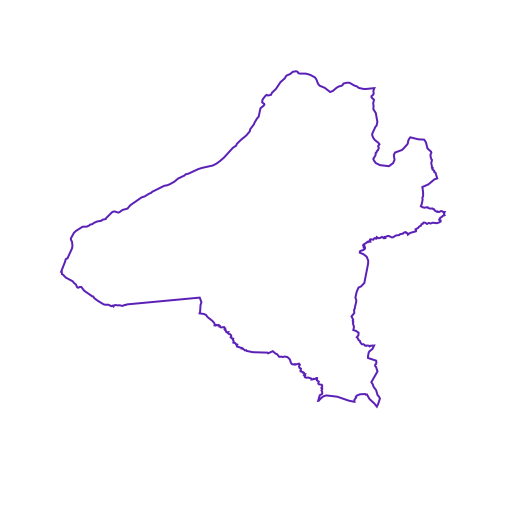 Nabdam, Upper East, Ghana, rotated 258°
{"feature_id": "2480657B74414618551217", "entity_name": "Nabdam", "entity_type": "district", "adm_level": 2, "iso_a3": "GHA", "parent_name": "Ghana", "parent_adm1": "Upper East", "projection": "natural_earth1", "projection_center": [-0.664, 10.847], "detail": "fine", "context": "isolated", "style": "outline", "palette": "violet", "viewbox_px": 512, "rotation_deg": 258, "n_neighbors": 0, "source": "geoboundaries", "source_scale": "gbopen_adm2", "svg_char_len": 6103}
<svg xmlns="http://www.w3.org/2000/svg" viewBox="0 0 512 512"><g transform="rotate(258 256 256)"><path d="M134.8,275.8L134.5,276.1L133.8,275.7L132.8,277.6L132.2,277.5L131.8,278.6L130.8,278.6L130.3,279.5L129.4,278.3L128.8,279.2L127.8,278.5L127.2,278.7L126.4,280.0L126.3,281.7L125.0,284.1L124.5,284.6L123.6,284.5L123.5,286.1L123.9,286.7L123.4,288.0L124.1,289.8L123.9,290.4L121.7,289.7L120.1,291.3L118.4,290.4L117.8,290.6L117.3,291.1L116.3,293.6L115.6,293.8L114.1,293.5L113.4,292.5L112.2,293.2L110.9,292.1L109.6,292.5L107.8,292.2L107.3,291.9L106.5,289.4L101.4,286.7L101.4,287.4L102.5,288.6L104.4,291.9L104.9,293.8L104.9,296.1L101.5,306.2L95.2,316.7L92.9,322.0L95.0,322.4L96.7,324.5L97.4,324.3L98.5,325.6L99.1,329.1L98.3,334.0L97.5,334.6L97.5,335.7L92.5,337.3L87.1,341.1L83.5,342.9L86.3,345.0L90.9,347.6L93.0,347.0L94.6,346.0L99.8,345.6L103.4,343.9L106.3,343.5L108.6,342.6L117.8,350.8L122.4,350.4L123.2,349.8L124.1,349.7L125.1,350.2L125.5,351.1L127.2,351.7L128.7,351.7L132.9,344.4L134.1,344.5L138.0,346.1L139.0,346.9L140.9,350.6L143.9,352.9L144.4,349.4L143.9,348.4L144.7,347.9L145.4,345.9L145.2,345.0L145.8,343.9L146.4,343.8L147.4,342.6L147.5,341.5L148.0,341.0L150.0,340.0L151.1,340.1L152.5,338.9L154.8,338.3L155.6,337.7L157.2,339.7L159.6,340.4L161.9,338.3L163.3,335.8L166.3,337.1L170.2,336.8L171.2,337.5L172.5,337.1L173.3,337.8L177.1,336.9L179.8,340.3L182.9,340.7L184.0,341.7L185.9,342.3L189.8,344.3L191.7,344.9L194.7,344.6L200.0,347.0L203.8,349.7L204.4,352.4L207.0,356.3L225.0,364.0L228.1,364.8L232.3,364.1L235.3,361.6L237.7,358.2L238.9,358.6L239.3,359.4L239.5,362.3L240.5,364.1L241.4,364.2L241.9,363.1L242.3,363.3L242.3,364.3L243.6,364.1L244.0,363.0L244.8,363.4L246.2,367.4L246.7,367.8L246.9,369.0L246.3,369.3L246.8,370.1L246.4,370.8L248.3,370.9L248.6,371.3L247.6,374.2L248.4,374.8L248.8,376.2L248.7,376.7L247.9,377.1L248.1,377.7L249.3,378.1L247.9,379.7L247.8,381.0L248.5,383.2L246.8,384.7L246.7,385.6L247.7,385.0L247.9,385.6L247.6,386.6L248.2,388.5L247.9,390.2L246.0,392.6L245.8,393.8L247.0,397.1L246.7,400.4L247.4,401.5L247.3,404.4L248.0,405.1L248.3,407.2L248.0,407.7L247.2,407.8L246.8,408.8L245.3,409.0L246.5,411.4L246.9,417.6L247.5,417.9L248.9,417.6L249.8,420.5L250.8,421.6L251.4,423.7L252.7,424.5L252.8,425.8L253.8,426.6L253.4,428.4L251.8,429.9L252.4,431.9L251.5,433.6L251.8,435.8L250.5,439.7L250.7,441.7L251.3,443.7L252.4,444.0L253.0,442.9L253.5,442.7L255.3,444.5L255.4,445.6L256.4,447.0L256.6,448.7L257.2,448.4L257.7,448.9L258.5,448.7L259.8,449.7L260.3,448.0L261.1,447.4L261.5,446.1L261.0,444.5L261.3,443.1L261.8,442.9L261.6,442.2L263.4,440.2L264.7,439.9L265.1,438.9L265.8,438.5L266.2,436.1L267.1,434.5L267.9,434.2L268.1,433.6L268.2,430.9L269.0,429.1L270.4,427.6L272.5,429.0L276.5,430.7L278.3,430.8L279.8,431.9L283.7,432.7L288.9,433.1L290.2,439.5L293.9,446.5L294.2,449.4L300.2,448.9L301.2,447.8L302.4,448.0L304.0,446.6L305.3,447.2L305.8,446.4L306.9,446.7L310.4,446.7L313.3,448.1L314.0,447.7L316.5,447.4L319.0,447.8L320.5,449.0L321.7,448.9L325.5,446.1L330.9,445.9L332.8,445.6L334.9,444.6L336.4,439.0L340.0,431.6L338.7,430.1L337.1,428.9L334.4,427.8L333.6,427.0L330.0,422.0L329.3,420.6L328.3,413.5L326.1,411.8L321.3,411.5L318.4,409.5L316.2,404.7L319.1,396.2L322.0,392.5L324.7,391.3L326.6,390.9L329.6,393.8L331.9,394.5L332.1,395.3L333.5,396.0L334.0,397.2L336.2,398.6L338.1,398.3L339.6,400.0L341.2,399.3L344.8,396.3L347.7,395.1L350.1,394.8L351.4,395.1L357.6,399.7L358.4,401.0L361.9,402.6L370.9,402.9L375.3,401.3L378.3,402.2L380.8,402.3L384.3,403.9L387.0,402.0L388.3,402.2L389.4,404.2L390.5,404.9L393.0,405.1L395.6,406.7L396.5,398.3L397.1,395.7L399.1,391.4L400.8,390.1L402.3,387.6L406.0,383.5L406.6,380.8L406.5,377.4L405.5,376.6L404.7,375.1L404.6,372.2L403.8,369.8L401.5,365.5L401.0,362.6L406.2,358.2L409.3,353.7L411.5,352.5L415.9,351.8L418.3,350.9L421.6,347.1L422.9,344.9L424.0,342.7L425.3,336.9L426.0,335.5L427.5,335.0L428.4,333.6L428.5,330.2L426.9,327.3L426.2,323.7L425.4,322.4L423.9,321.3L420.9,316.0L415.3,310.3L412.4,305.6L410.5,304.1L410.5,301.1L411.4,299.8L410.6,298.4L408.0,295.3L406.5,294.4L404.9,294.0L403.2,295.6L402.4,295.7L401.4,294.7L399.6,291.1L391.6,287.5L390.4,285.7L386.9,282.4L385.3,281.4L381.2,276.7L379.2,275.8L375.9,271.5L372.6,265.2L369.6,260.5L368.1,259.6L366.6,255.8L358.9,245.1L356.5,240.8L354.6,236.6L353.5,232.6L353.4,221.5L353.0,217.5L350.6,207.1L350.5,204.1L349.6,202.8L348.0,196.0L345.8,191.9L344.1,186.6L343.6,183.5L343.8,181.5L343.6,180.2L340.4,167.9L339.5,166.4L339.2,164.4L337.4,159.4L337.1,156.2L331.8,143.6L329.1,140.2L328.8,135.0L327.2,131.4L327.1,130.3L329.0,126.9L329.0,124.7L324.1,117.1L323.4,116.7L323.4,113.4L322.6,112.0L322.8,107.9L322.2,104.8L321.2,102.4L321.2,100.3L320.4,98.9L319.9,96.4L320.7,92.5L317.9,85.0L316.5,82.7L311.6,78.5L310.3,78.4L308.0,79.0L304.3,78.6L301.8,77.7L292.9,71.1L292.6,69.5L291.9,68.9L290.2,68.1L281.4,62.3L281.4,62.8L278.6,62.4L277.9,63.3L274.4,65.5L269.4,71.4L267.3,72.5L265.6,73.9L262.5,74.6L261.9,75.8L262.4,77.1L262.0,78.7L257.8,80.7L250.6,87.4L250.3,88.3L248.3,89.1L245.1,91.9L240.4,96.9L239.7,98.3L239.0,101.6L237.0,104.0L237.3,105.2L236.2,106.1L237.3,107.1L237.2,108.7L236.5,110.2L236.2,112.2L234.9,115.2L235.5,117.5L235.1,118.4L235.5,119.6L227.0,192.3L222.2,193.0L219.4,191.5L213.0,189.7L211.6,188.9L210.2,192.8L208.8,194.8L206.2,196.0L201.8,199.7L199.6,201.0L197.8,201.5L196.8,201.0L196.4,201.9L196.8,203.0L196.2,203.6L196.5,204.7L195.9,205.5L194.9,205.4L194.9,206.2L193.8,206.3L193.4,207.0L193.1,210.0L191.7,210.7L191.1,210.1L190.6,210.8L189.8,210.4L188.9,211.1L188.0,211.0L187.6,211.3L187.3,213.1L186.5,212.5L185.2,213.4L185.0,214.2L184.2,214.9L182.7,215.2L181.9,214.3L180.7,215.0L179.9,216.5L178.9,215.9L177.4,216.5L176.0,215.8L175.1,217.6L174.0,218.0L173.3,219.2L172.5,218.4L171.1,218.8L170.8,220.1L170.1,220.8L168.9,223.2L168.4,222.8L167.8,224.1L166.0,225.5L165.9,226.8L165.1,227.1L162.6,232.8L159.1,247.1L158.3,247.6L159.4,252.6L156.5,254.8L155.7,256.1L152.5,257.8L152.3,259.9L151.6,261.1L151.7,263.1L150.6,265.8L147.8,267.6L144.1,268.0L142.8,268.7L142.2,269.6L142.2,271.5L141.6,271.6L141.8,275.7L140.5,276.3L139.4,275.2L137.7,275.2L136.5,276.5L134.8,275.8Z" fill="none" stroke="#5b21b6" stroke-width="2"/></g></svg>